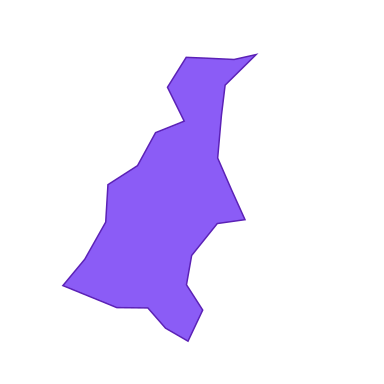 Agios Georgios Soleas, Cyprus, rotated 34°
{"feature_id": "46923920B58040369726665", "entity_name": "Agios Georgios Soleas", "entity_type": "district", "adm_level": 2, "iso_a3": "CYP", "parent_name": "Cyprus", "parent_adm1": "", "projection": "robinson", "projection_center": [32.886, 35.117], "detail": "fine", "context": "isolated", "style": "filled", "palette": "violet", "viewbox_px": 384, "rotation_deg": 34, "n_neighbors": 0, "source": "geoboundaries", "source_scale": "gbopen_adm2", "svg_char_len": 476}
<svg xmlns="http://www.w3.org/2000/svg" viewBox="0 0 384 384"><g transform="rotate(34 192 192)"><path d="M111.9,83.6L113.1,118.9L145.9,137.6L128.6,163.1L132.1,200.6L118.2,232.9L137.3,265.2L140.7,307.7L137.3,341.8L194.3,329.9L220.2,312.8L246.2,319.7L272.1,317.9L266.9,283.9L239.3,272.0L227.2,244.8L230.6,204.0L251.4,185.3L223.7,168.2L194.3,149.5L173.6,112.1L159.7,84.9L168.3,42.2L152.8,58.6L129.6,72.7L111.9,83.6Z" fill="#8b5cf6" stroke="#5b21b6" stroke-width="1.5"/></g></svg>